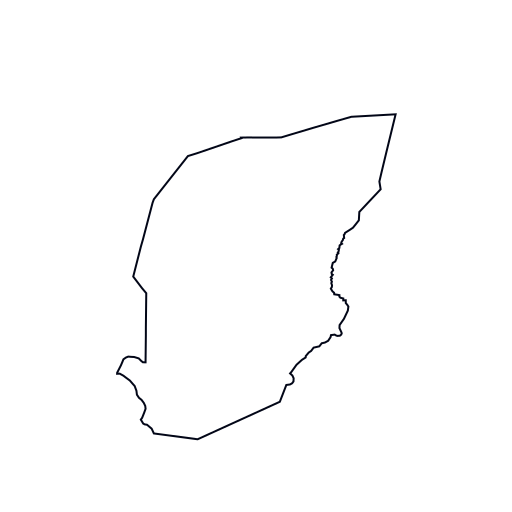 outline of San Miguel Tlacotepec, Oaxaca, Mexico, rotated 44°
{"feature_id": "50627088B15325510278306", "entity_name": "San Miguel Tlacotepec", "entity_type": "district", "adm_level": 2, "iso_a3": "MEX", "parent_name": "Mexico", "parent_adm1": "Oaxaca", "projection": "robinson", "projection_center": [-98.0, 17.447], "detail": "fine", "context": "isolated", "style": "outline", "palette": "ink", "viewbox_px": 512, "rotation_deg": 44, "n_neighbors": 0, "source": "geoboundaries", "source_scale": "gbopen_adm2", "svg_char_len": 2106}
<svg xmlns="http://www.w3.org/2000/svg" viewBox="0 0 512 512"><g transform="rotate(44 256 256)"><path d="M237.9,437.2L239.7,435.3L243.8,434.2L246.5,433.9L249.5,433.5L251.8,433.2L256.2,433.6L259.0,433.8L263.6,436.0L266.7,438.5L270.3,439.3L273.6,439.0L277.3,439.6L280.5,440.8L282.7,442.6L284.5,446.6L286.5,451.5L286.8,453.7L291.3,454.9L293.0,454.4L293.8,453.8L294.8,453.1L300.9,452.7L305.8,454.6L341.3,428.4L374.4,344.3L367.4,327.7L369.7,324.8L370.4,322.5L370.1,320.2L368.0,317.8L365.2,316.7L362.1,316.8L362.0,314.9L360.7,306.1L361.2,298.7L362.2,294.5L361.3,293.4L361.0,288.8L361.6,286.0L361.1,281.9L364.3,277.0L363.9,273.1L365.7,270.4L366.8,266.9L366.0,262.6L364.9,260.8L367.2,257.9L368.6,257.6L370.0,257.0L370.8,256.1L371.7,255.1L371.9,253.3L371.3,252.0L370.3,251.5L366.1,249.9L364.1,247.6L362.9,240.1L360.0,231.5L357.6,228.2L355.5,227.7L353.3,227.5L351.3,225.5L349.6,227.3L348.3,225.9L345.7,227.4L344.2,227.3L343.2,226.2L341.7,227.2L338.9,229.2L337.7,228.2L335.5,228.3L332.5,227.5L332.1,225.6L331.0,224.2L329.0,223.2L328.5,221.8L326.6,221.1L326.2,219.4L324.6,219.4L324.3,216.2L323.1,216.4L321.7,215.4L321.4,212.7L320.0,211.8L318.5,211.9L316.0,207.6L316.8,204.9L315.4,201.3L315.1,201.2L314.5,200.9L314.1,199.7L313.2,198.9L313.4,196.9L312.4,196.6L312.5,195.7L312.0,195.1L311.8,194.7L311.3,193.9L310.3,194.0L310.4,192.3L308.8,190.3L309.0,188.9L309.4,187.5L308.3,187.5L307.7,186.3L307.4,184.2L306.7,183.0L306.7,182.6L306.9,181.8L304.6,179.9L304.6,178.9L304.0,177.5L304.3,176.2L305.3,172.1L306.1,168.3L305.7,163.8L305.2,158.9L299.7,152.5L299.3,121.4L293.8,117.3L293.0,116.7L288.1,108.5L277.8,91.0L258.0,57.1L227.9,89.6L221.2,101.2L220.9,101.7L208.1,124.1L197.4,143.1L191.8,153.1L187.8,157.2L167.2,177.0L163.1,181.1L163.7,181.3L159.0,190.2L142.1,223.2L137.6,231.4L140.1,256.4L143.1,286.1L144.6,289.5L163.1,322.5L166.6,329.1L182.0,356.1L196.3,358.3L202.9,359.0L226.6,384.1L232.0,389.7L250.4,409.2L248.5,411.0L246.4,411.2L242.8,411.1L238.5,413.3L236.1,415.4L234.0,417.1L233.0,419.3L232.4,422.4L233.5,425.1L234.8,428.5L235.5,430.8L237.2,436.4L237.9,437.2Z" fill="none" stroke="#020617" stroke-width="2"/></g></svg>